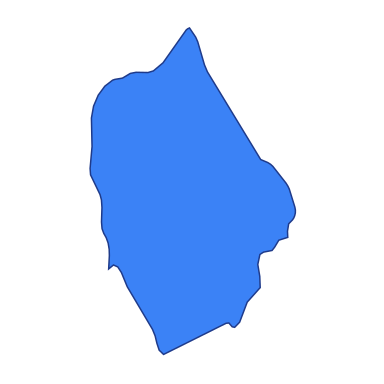 Obock, Equal Earth projection, rotated 183°
{"feature_id": "DJI-1570", "entity_name": "Obock", "entity_type": "Region", "adm_level": 1, "iso_a3": "DJI", "parent_name": "Djibouti", "parent_adm1": "", "projection": "equal_earth", "projection_center": [43.052, 12.273], "detail": "fine", "context": "isolated", "style": "filled", "palette": "blue", "viewbox_px": 384, "rotation_deg": 183, "n_neighbors": 0, "source": "natural_earth", "source_scale": "10m", "svg_char_len": 1022}
<svg xmlns="http://www.w3.org/2000/svg" viewBox="0 0 384 384"><g transform="rotate(183 192 192)"><path d="M148.3,63.1L151.1,62.7L211.9,28.3L216.5,32.3L219.1,39.0L221.3,46.4L224.3,52.8L251.7,94.0L258.3,107.9L262.2,113.3L266.6,115.0L271.2,110.8L271.2,124.1L271.7,130.4L273.1,136.7L275.3,141.9L277.9,146.0L279.9,150.6L280.8,157.3L281.1,171.7L282.0,179.3L283.7,184.6L294.2,203.8L295.0,210.2L294.2,232.1L296.3,260.6L294.8,272.6L290.7,283.8L284.6,293.1L277.2,299.5L275.0,300.4L267.4,302.1L259.8,307.2L254.2,308.6L242.2,309.0L236.9,310.9L227.7,319.5L206.2,353.6L204.8,354.8L203.1,355.7L196.4,346.8L194.1,342.2L186.2,319.6L182.9,312.8L125.1,228.0L117.9,225.4L115.0,223.8L112.5,221.7L98.6,205.8L96.5,202.8L95.0,200.0L88.5,182.3L87.8,179.4L87.7,176.5L88.2,173.7L89.0,171.4L90.1,169.5L93.8,165.3L94.6,157.8L94.0,151.7L102.8,148.4L106.6,141.2L109.0,137.8L117.4,135.7L120.9,133.2L122.5,123.1L119.9,111.3L118.9,100.1L131.1,84.9L137.6,64.5L142.3,59.1L144.8,59.5L148.3,63.1Z" fill="#3b82f6" stroke="#1e3a8a" stroke-width="1.5"/></g></svg>